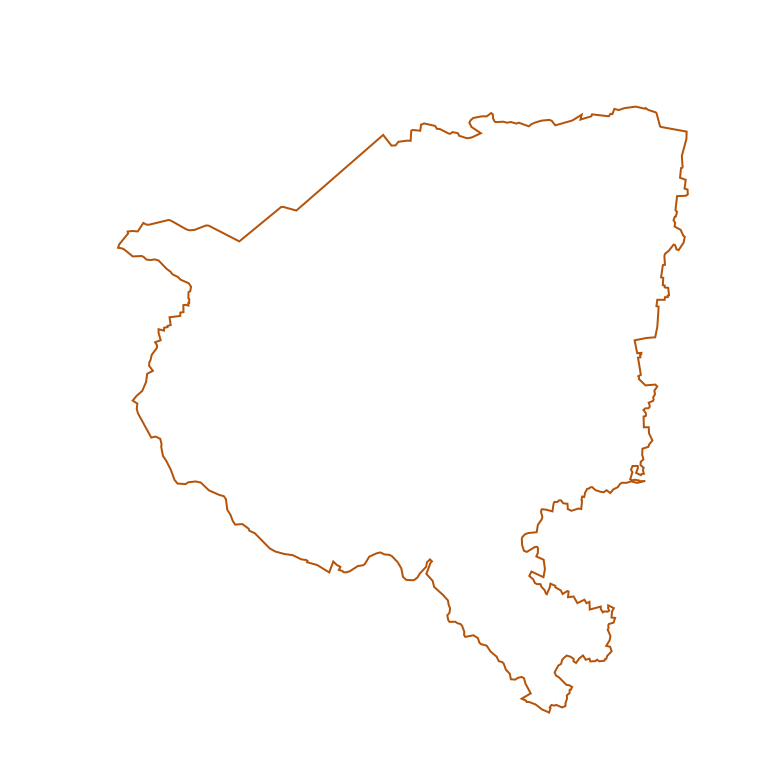 the district of Kamphaeng Saen, Nakhon Pathom, Thailand, rotated 7°
{"feature_id": "78962969B43600693402373", "entity_name": "Kamphaeng Saen", "entity_type": "district", "adm_level": 2, "iso_a3": "THA", "parent_name": "Thailand", "parent_adm1": "Nakhon Pathom", "projection": "albers", "projection_center": [99.979, 14.019], "detail": "fine", "context": "isolated", "style": "outline", "palette": "amber", "viewbox_px": 768, "rotation_deg": 7, "n_neighbors": 0, "source": "geoboundaries", "source_scale": "gbopen_adm2", "svg_char_len": 6144}
<svg xmlns="http://www.w3.org/2000/svg" viewBox="0 0 768 768"><g transform="rotate(7 384 384)"><path d="M352.6,577.7L355.3,566.4L359.3,569.4L363.0,570.8L361.9,574.1L365.4,574.6L366.9,575.7L369.2,575.6L372.8,574.1L380.2,567.9L385.2,566.5L386.8,565.2L390.4,557.2L397.2,553.0L401.0,551.6L405.2,553.1L410.0,552.9L412.7,553.8L419.3,559.2L423.7,565.0L426.3,573.0L429.9,575.7L436.5,575.3L438.3,574.5L440.8,571.9L442.6,567.9L448.1,560.2L448.4,555.7L451.0,552.5L453.2,554.2L452.0,555.7L449.2,567.3L456.3,573.5L458.5,579.3L468.3,586.2L473.9,591.1L475.0,595.1L476.9,598.6L476.9,603.2L475.0,605.9L476.5,610.4L477.9,612.1L483.6,611.3L486.3,612.6L489.0,612.8L490.9,614.4L493.9,620.2L494.0,623.2L495.5,625.1L503.4,622.5L508.1,624.7L510.2,629.0L511.7,630.3L517.8,631.2L522.5,636.7L529.0,640.9L531.7,645.1L535.2,645.6L536.8,646.8L539.8,652.7L544.2,656.3L545.9,661.6L550.3,661.4L552.8,659.3L556.4,658.0L558.9,659.0L560.8,664.0L567.3,673.2L559.0,679.6L563.5,680.9L564.3,682.2L566.7,681.9L573.5,683.6L580.2,687.6L587.9,690.0L588.8,685.5L587.9,684.9L589.3,682.2L592.1,682.5L594.0,681.5L600.1,683.3L603.3,681.6L603.1,678.4L604.0,673.9L603.4,670.7L605.8,668.3L605.6,664.9L606.6,664.8L607.7,661.8L604.3,660.4L601.6,660.3L593.5,653.9L590.2,652.4L588.5,649.4L591.3,642.2L593.9,640.2L594.4,636.1L596.3,633.5L598.4,631.3L602.5,632.0L605.8,633.8L605.8,636.0L608.6,637.5L611.3,632.5L614.6,629.2L617.8,633.1L621.5,631.6L622.6,634.2L627.6,633.3L629.1,631.7L631.5,633.0L636.5,631.8L636.9,630.2L638.1,629.7L638.7,626.6L642.5,621.6L640.5,617.3L636.5,616.8L639.2,610.9L639.5,606.6L636.0,600.6L636.6,598.8L636.0,596.3L636.5,594.8L640.9,592.9L641.9,588.0L638.3,588.1L638.0,582.0L639.5,578.5L633.5,576.4L633.8,579.3L635.1,581.5L633.8,582.7L630.2,582.9L629.0,584.0L626.6,580.9L626.3,578.5L615.7,582.8L614.5,575.2L611.7,576.9L609.2,573.7L602.6,577.9L598.1,571.8L592.6,573.2L592.5,567.4L591.1,567.2L586.9,570.7L584.6,567.3L579.7,565.3L578.7,564.6L578.6,563.4L573.5,561.9L573.4,565.3L571.2,572.8L570.3,572.3L568.5,569.0L564.9,566.0L563.7,563.6L560.3,564.0L558.1,563.2L555.9,559.7L551.6,556.8L553.2,552.2L565.8,556.3L566.3,548.1L563.9,539.0L556.2,536.6L557.3,533.0L556.8,528.0L555.6,526.9L553.5,527.5L546.1,533.3L543.2,532.4L540.7,527.0L539.6,520.7L539.9,519.2L542.3,515.9L545.5,514.3L553.6,512.5L553.9,505.0L557.0,499.2L557.4,496.7L555.5,492.0L555.6,489.6L556.1,489.0L560.6,489.0L566.7,489.9L566.9,482.1L567.5,480.3L570.3,480.0L572.1,478.1L573.8,477.9L576.5,480.6L580.7,480.5L581.7,485.8L585.5,487.0L592.2,483.9L595.0,484.1L594.8,475.8L594.1,475.1L594.4,471.6L596.5,471.8L596.8,467.5L598.4,463.3L600.2,462.8L601.4,461.4L603.2,461.0L606.9,463.6L612.0,464.6L615.4,464.6L617.8,462.3L621.9,464.7L624.2,460.9L628.7,457.8L630.5,454.4L632.1,453.1L636.9,452.5L641.2,450.5L647.3,451.3L655.1,448.4L649.4,449.4L648.6,448.6L644.2,448.5L642.4,449.4L640.0,448.5L641.3,441.3L639.6,438.9L640.7,435.1L645.7,434.4L646.3,436.2L645.1,441.5L650.0,443.2L650.7,441.9L652.9,441.4L651.4,437.7L652.0,435.6L648.5,433.2L648.3,429.9L650.7,427.2L648.9,422.8L648.4,416.7L654.0,414.2L654.7,411.3L657.3,407.4L653.0,400.5L652.1,394.7L647.2,395.3L645.6,384.6L647.6,384.0L647.9,382.8L647.3,380.9L644.7,378.2L646.2,376.4L649.4,375.8L650.3,374.7L650.5,373.3L649.0,370.3L653.1,368.0L653.5,366.5L652.8,364.5L654.2,361.2L653.2,357.6L655.5,353.2L653.4,351.5L643.7,353.5L636.4,348.0L636.3,346.3L635.4,345.3L637.8,343.6L632.9,326.9L635.2,326.3L634.6,323.7L635.6,323.3L635.7,321.7L631.6,322.6L627.4,310.1L639.0,306.3L647.5,304.6L648.3,294.0L647.5,278.8L647.1,273.8L644.9,273.5L645.0,267.1L652.3,266.2L652.3,263.6L655.0,263.2L654.8,261.7L656.1,261.3L654.4,254.0L650.8,253.9L650.5,252.0L648.7,251.9L648.2,244.6L646.0,244.4L646.3,232.0L648.3,231.5L646.7,222.8L647.0,220.6L650.4,217.1L654.5,210.3L656.1,210.8L657.9,214.7L660.1,215.2L664.1,207.3L664.6,201.3L662.9,200.2L659.6,194.8L653.2,192.3L653.3,188.5L651.4,186.1L652.2,182.5L653.2,182.3L653.9,177.5L652.1,175.9L652.0,161.8L660.6,160.4L662.4,158.8L661.6,154.0L658.5,153.4L658.6,144.6L652.7,143.2L652.5,133.5L653.8,132.9L653.9,132.0L651.8,121.4L654.3,103.9L653.6,96.6L627.6,95.1L626.6,94.6L621.5,82.0L620.7,81.3L613.0,79.8L610.0,78.2L609.5,79.0L600.1,78.0L589.0,80.9L583.7,83.5L579.1,82.9L577.8,88.3L575.9,88.2L574.5,90.9L557.6,91.0L557.2,93.0L546.8,97.6L547.4,92.6L538.8,99.5L522.5,106.4L518.4,102.3L515.7,101.7L508.3,103.4L502.7,105.8L499.0,107.9L496.3,110.6L485.8,108.2L483.8,109.4L477.9,108.5L474.3,109.7L470.6,109.1L463.3,110.4L461.9,110.1L459.9,107.1L459.1,103.0L457.3,102.0L453.4,105.8L448.5,106.4L440.1,109.1L437.7,111.9L436.9,114.3L439.5,118.2L449.6,123.3L440.8,128.7L436.6,130.0L428.4,128.5L426.8,126.1L421.3,125.6L419.4,127.5L417.9,127.6L408.3,124.1L405.5,124.3L403.2,121.6L392.1,120.5L389.2,122.1L389.1,128.2L381.4,128.4L380.2,129.2L380.8,139.4L377.4,139.6L368.7,141.9L366.5,145.7L362.4,146.5L352.8,136.9L275.9,222.5L262.3,220.5L260.3,220.9L223.0,260.1L190.8,248.2L188.1,248.3L177.2,254.1L172.2,255.2L169.0,254.6L152.8,247.9L150.3,247.4L131.2,254.6L128.6,254.7L125.5,253.5L121.0,262.6L115.6,262.8L111.0,263.9L111.6,265.9L104.3,277.5L103.4,281.2L107.2,281.3L109.7,282.1L119.1,288.0L127.9,286.5L130.0,287.2L132.9,289.4L136.6,289.5L141.3,288.3L145.2,288.9L154.2,296.2L158.4,298.6L160.7,300.9L166.4,302.9L169.5,305.3L177.9,307.8L180.6,310.9L180.4,315.4L178.8,316.7L179.4,322.8L180.3,323.3L180.8,327.2L179.9,327.3L180.3,330.0L177.7,329.6L175.2,330.2L176.2,337.1L173.2,337.9L173.4,341.3L163.0,343.9L165.1,351.5L162.1,352.7L162.2,354.0L158.9,354.9L159.1,357.8L153.6,357.1L154.0,360.7L157.0,367.8L151.7,370.5L154.1,373.4L154.2,375.8L149.9,383.3L149.4,388.4L148.4,391.4L148.6,394.5L153.0,399.1L147.7,402.7L147.6,411.0L144.9,420.3L139.9,425.9L136.6,431.1L141.6,433.5L141.6,438.8L143.3,443.0L159.5,465.5L163.8,464.0L168.6,465.7L170.6,471.0L170.5,473.4L173.4,482.4L177.2,486.7L182.9,495.2L187.7,504.6L191.2,508.0L199.3,507.5L201.7,505.4L208.9,503.7L214.1,504.1L223.2,510.9L234.1,514.2L238.6,514.8L241.2,517.7L243.8,528.0L247.4,532.3L250.5,538.2L253.4,541.7L260.5,540.3L267.4,544.2L268.3,546.1L273.9,547.8L290.6,561.1L296.4,563.5L305.8,564.9L314.2,565.0L323.3,568.1L328.0,568.2L329.6,568.8L329.4,570.3L339.7,571.8L352.6,577.7Z" fill="none" stroke="#b45309" stroke-width="2"/></g></svg>